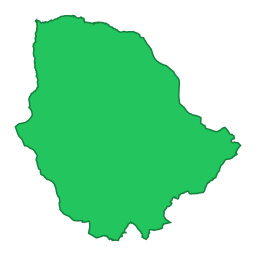 outline of Vurpar, Sibiu, Romania
{"feature_id": "2599482B26098957390295", "entity_name": "Vurpar", "entity_type": "district", "adm_level": 2, "iso_a3": "ROU", "parent_name": "Romania", "parent_adm1": "Sibiu", "projection": "mercator", "projection_center": [24.329, 45.907], "detail": "fine", "context": "isolated", "style": "filled", "palette": "green", "viewbox_px": 256, "rotation_deg": 0, "n_neighbors": 0, "source": "geoboundaries", "source_scale": "gbopen_adm2", "svg_char_len": 5710}
<svg xmlns="http://www.w3.org/2000/svg" viewBox="0 0 256 256"><path d="M170.4,222.5L166.2,219.6L164.1,217.0L163.7,215.6L164.2,212.9L164.0,210.7L166.3,208.5L167.2,206.5L168.5,206.6L170.4,205.6L171.4,204.1L171.8,203.2L171.7,202.9L170.3,202.5L170.1,202.1L170.8,201.2L171.8,200.4L172.0,199.5L172.8,197.9L174.1,197.1L174.9,197.8L175.1,197.3L175.4,197.8L177.7,199.0L178.4,198.4L179.0,196.7L178.8,195.9L178.9,195.2L180.2,194.8L181.0,193.7L183.3,193.2L183.4,192.9L184.1,192.9L184.9,192.2L187.6,191.2L188.7,191.6L189.1,193.0L190.1,193.8L191.4,193.9L192.3,193.6L193.4,193.7L197.8,193.4L198.6,193.0L200.6,192.8L200.9,192.5L203.0,192.6L204.1,191.3L204.7,190.2L205.3,187.7L206.3,185.9L207.0,183.9L207.7,183.4L207.7,182.9L208.2,182.5L209.5,182.1L209.7,181.2L212.6,180.0L212.6,179.2L213.0,179.5L213.7,178.8L213.7,178.3L215.6,177.7L217.8,172.3L219.0,171.3L219.5,170.3L219.7,168.4L220.2,167.8L220.5,166.1L222.9,163.7L225.2,160.0L225.8,159.5L230.2,158.8L232.0,158.0L232.5,157.7L233.0,156.6L234.5,156.1L235.0,154.9L235.5,155.1L236.3,154.8L236.9,154.3L236.9,153.8L236.7,153.4L235.6,153.1L237.8,148.7L239.4,146.7L240.6,145.5L237.9,142.7L235.3,142.6L235.0,142.2L234.5,142.1L233.4,142.6L232.5,142.5L231.6,142.1L231.3,141.7L231.1,140.9L231.4,140.1L232.9,139.0L233.7,139.0L234.3,138.3L234.0,136.4L233.6,135.6L232.4,135.1L232.0,134.5L230.6,134.5L230.0,134.1L229.2,133.3L228.9,132.3L227.7,130.5L226.2,128.7L224.8,127.4L224.1,127.8L223.3,127.8L222.0,128.6L221.8,129.1L220.1,130.2L216.7,131.8L212.8,130.8L210.4,129.7L206.1,128.6L205.5,127.6L205.5,126.9L204.9,126.3L204.8,125.4L204.0,125.5L203.4,125.2L200.6,122.9L200.9,120.8L200.8,117.5L197.4,116.0L192.3,114.8L190.9,113.9L189.7,113.8L187.1,111.6L184.0,107.4L180.0,103.9L179.5,103.2L179.0,98.3L178.7,97.2L179.1,86.8L179.4,82.5L179.1,80.5L178.5,78.6L175.1,74.7L174.3,73.4L173.8,72.0L166.3,65.7L162.5,64.5L159.2,62.6L156.9,61.1L154.8,58.7L153.1,55.4L151.2,49.2L147.2,44.1L144.2,39.3L143.7,38.0L143.2,37.7L141.7,37.7L140.3,37.1L139.8,36.5L139.9,35.4L137.8,33.3L136.6,33.3L135.8,32.6L134.9,32.5L133.5,31.7L127.9,31.8L127.5,32.2L123.6,31.4L121.6,32.2L119.9,32.1L117.9,31.0L117.7,30.4L117.2,30.0L116.9,30.1L116.1,29.7L115.0,28.8L113.4,28.4L113.1,27.9L112.2,27.5L112.2,27.2L111.3,27.1L109.6,26.4L109.6,26.1L108.7,25.8L108.7,25.0L108.1,24.9L108.1,24.7L106.3,23.4L105.6,23.8L105.1,23.2L104.7,23.7L103.2,22.8L102.5,22.9L102.0,22.4L100.7,22.6L99.2,22.2L98.8,22.5L98.0,22.2L97.8,22.3L97.5,23.0L97.1,22.5L95.6,22.6L95.2,23.0L94.8,22.6L94.4,22.6L94.2,22.7L93.8,23.9L93.6,23.3L93.2,23.0L92.0,23.4L90.7,23.2L90.0,22.7L86.8,22.4L86.0,22.1L84.8,22.5L84.0,21.0L84.3,20.4L83.8,19.7L84.1,19.0L82.9,18.5L82.8,18.0L81.8,18.2L81.5,17.4L81.1,17.1L79.6,17.9L77.7,18.2L76.2,17.4L74.6,15.8L74.2,15.8L74.2,16.2L73.7,16.7L73.2,15.7L72.4,15.5L71.0,16.3L70.2,15.8L68.8,15.9L68.1,15.6L67.6,15.8L64.6,15.8L63.5,16.2L62.4,16.2L60.7,16.6L58.9,17.9L58.2,17.9L57.1,19.0L56.2,18.9L54.4,19.5L53.5,20.2L52.0,20.8L51.2,20.1L47.8,22.3L45.6,21.9L45.4,21.9L45.2,22.6L44.2,22.3L43.7,22.9L43.0,22.3L42.6,22.3L41.2,23.2L40.3,22.3L39.8,21.4L38.4,20.6L37.4,20.6L36.8,20.9L36.6,19.8L35.7,20.6L35.6,21.3L36.9,21.7L36.3,22.1L36.8,22.6L37.1,25.6L37.1,26.5L37.2,27.2L36.8,28.1L36.8,29.8L37.0,30.8L36.3,31.3L36.4,32.1L35.8,32.6L35.4,33.4L35.6,34.7L36.3,36.5L35.9,37.0L35.4,37.2L35.5,38.1L35.1,38.8L35.7,40.0L35.3,41.1L35.8,42.1L34.3,43.0L34.1,43.6L33.4,44.1L33.5,44.7L33.3,45.4L33.4,45.7L33.1,46.5L33.6,47.1L33.5,47.7L34.0,48.8L33.8,49.2L33.8,51.1L33.6,51.7L33.4,52.8L33.5,54.5L33.9,56.2L34.8,57.6L35.0,58.6L34.4,61.5L35.1,62.4L34.6,62.9L35.2,63.2L35.0,63.7L34.8,67.6L35.7,69.0L35.7,70.1L36.5,71.1L36.4,71.9L36.5,72.5L36.3,72.8L37.0,74.0L36.3,76.5L37.4,77.3L37.5,78.8L38.1,80.1L37.3,82.3L38.0,85.1L37.9,87.3L37.1,87.8L36.8,89.0L35.0,91.2L34.0,91.4L32.9,92.8L31.4,93.5L30.8,95.1L29.7,96.8L29.0,98.9L28.9,99.8L29.4,101.9L29.8,106.0L29.0,107.4L29.4,108.1L30.6,109.1L31.3,110.2L31.3,110.7L32.0,112.4L32.2,114.7L32.0,115.9L29.4,119.5L26.8,121.6L25.4,122.5L19.2,123.8L18.2,124.3L15.4,126.8L17.9,134.0L19.1,136.3L22.0,139.4L24.6,145.8L26.8,145.8L30.5,148.4L31.2,148.5L33.6,149.9L37.4,155.5L36.4,158.6L36.2,160.2L37.2,162.3L37.2,163.7L38.5,167.9L38.5,168.7L40.1,169.5L40.5,170.8L40.4,172.2L40.8,172.7L40.8,173.9L41.0,174.4L43.6,175.7L46.3,178.8L47.4,179.4L49.9,180.1L52.3,181.7L54.6,184.5L54.7,185.4L55.8,187.8L56.5,192.1L57.1,194.3L57.7,195.3L57.9,196.2L59.0,197.1L59.6,199.5L59.6,200.2L59.8,200.6L59.8,201.2L60.2,201.9L59.2,202.6L59.4,205.7L60.1,208.3L59.9,209.3L64.0,214.1L69.7,216.6L70.2,217.4L70.6,217.5L71.1,218.3L73.6,220.3L76.4,220.8L82.5,220.7L82.4,222.1L85.9,222.0L88.6,221.2L89.4,221.6L89.9,226.5L88.6,233.3L89.0,233.6L91.8,235.0L96.1,237.7L97.5,237.7L99.0,237.0L99.8,237.0L103.9,235.5L104.6,235.9L105.0,235.6L105.3,235.9L106.2,235.9L107.7,236.6L107.4,237.3L109.3,238.6L109.3,239.4L109.5,239.5L110.2,238.7L111.8,239.8L112.2,239.4L112.3,239.6L112.1,239.9L112.9,240.5L113.2,240.4L112.7,239.5L114.3,240.3L115.8,240.1L118.2,240.5L118.5,240.3L118.7,239.1L120.3,236.6L120.7,236.3L121.8,236.7L122.2,236.2L122.2,235.7L121.6,235.2L121.6,234.5L122.0,233.8L123.5,233.3L122.8,233.2L122.7,233.0L123.3,233.0L124.0,232.5L125.9,232.8L125.9,232.5L125.5,232.4L124.3,232.4L124.2,232.1L124.7,231.8L124.4,231.4L124.7,229.8L125.4,228.6L126.1,228.2L126.5,227.6L127.1,226.3L127.9,225.8L127.8,224.8L128.3,224.0L129.0,223.8L130.8,222.1L131.3,223.1L133.4,223.4L134.1,224.4L135.2,225.0L136.3,226.1L138.3,229.3L140.0,230.8L140.2,231.5L141.1,232.3L141.3,233.2L142.1,233.8L142.3,234.4L142.2,237.1L142.8,237.0L142.9,237.4L143.5,238.0L146.2,239.3L147.5,237.4L148.4,236.6L148.3,235.7L148.8,233.3L149.5,233.0L149.1,231.3L149.6,229.6L154.6,230.2L159.7,229.1L162.0,228.3L162.4,227.4L162.3,226.2L163.5,224.1L170.4,222.5Z" fill="#22c55e" stroke="#15803d" stroke-width="1.5"/></svg>